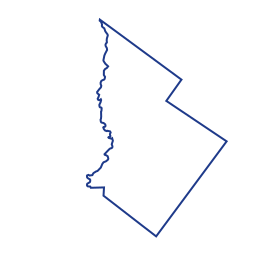 outline of Webb, Texas, United States of America, rotated 37°
{"feature_id": "52423323B96012126646205", "entity_name": "Webb", "entity_type": "district", "adm_level": 2, "iso_a3": "USA", "parent_name": "United States of America", "parent_adm1": "Texas", "projection": "natural_earth1", "projection_center": [-99.706, 27.732], "detail": "fine", "context": "isolated", "style": "outline", "palette": "blue", "viewbox_px": 256, "rotation_deg": 37, "n_neighbors": 0, "source": "geoboundaries", "source_scale": "gbopen_adm2", "svg_char_len": 1818}
<svg xmlns="http://www.w3.org/2000/svg" viewBox="0 0 256 256"><g transform="rotate(37 128 128)"><path d="M52.5,58.2L40.3,58.4L40.8,59.3L42.3,59.4L43.6,60.0L45.0,61.0L45.7,62.2L46.7,62.7L49.1,62.7L51.8,64.5L55.4,65.6L56.2,66.3L57.2,69.1L58.2,70.8L59.6,72.3L59.7,72.7L59.5,73.7L60.0,75.2L60.9,76.0L63.0,76.9L64.3,78.2L65.0,82.3L65.5,84.3L67.6,88.7L68.4,89.3L71.2,90.3L75.0,90.7L75.0,92.7L74.2,94.8L74.3,96.8L76.8,100.2L78.9,101.0L79.5,102.2L79.8,103.0L79.7,103.9L78.8,105.2L78.4,106.6L78.8,108.2L79.7,109.4L81.2,110.3L81.8,111.5L81.9,112.2L81.7,114.2L81.7,117.9L82.6,118.7L85.0,118.8L85.8,121.0L86.2,122.9L87.0,123.4L88.1,123.2L88.6,122.8L89.0,121.4L89.7,121.8L90.6,124.0L91.1,126.6L91.8,127.5L92.7,128.2L93.1,128.3L94.4,127.8L95.0,128.0L96.5,130.3L96.6,131.1L99.7,135.0L100.8,136.8L101.1,137.9L102.3,139.1L103.2,139.6L103.8,139.5L105.5,138.7L107.6,138.8L108.5,139.5L108.9,140.3L108.7,141.1L108.0,141.8L107.9,142.4L109.4,143.4L111.3,143.8L113.0,143.2L113.1,142.7L115.7,141.5L116.6,141.9L116.9,142.1L117.2,143.7L118.0,144.5L118.8,145.0L118.8,146.3L118.0,146.9L118.0,147.3L118.6,147.5L120.7,146.7L121.2,146.5L121.5,145.7L123.6,147.3L124.8,150.8L125.6,151.3L126.6,152.0L127.0,152.6L127.2,153.2L126.8,154.3L126.2,154.9L125.8,156.2L125.0,163.0L125.3,163.3L126.1,163.3L126.9,162.9L128.8,162.8L130.6,164.2L131.0,165.0L131.0,165.6L130.5,167.7L130.3,168.1L129.1,170.1L129.1,172.0L130.1,176.0L129.5,180.7L128.7,181.8L127.6,184.7L127.6,185.5L127.9,187.1L125.9,189.1L124.7,189.2L123.9,190.4L124.0,190.9L124.9,191.9L125.6,192.2L127.1,192.2L128.3,191.9L129.2,192.3L130.0,193.6L130.1,194.3L129.0,197.0L129.5,198.2L130.1,198.7L131.0,198.8L133.1,197.5L134.3,198.1L144.6,189.9L149.2,196.8L196.2,197.4L215.7,197.6L215.6,184.7L214.8,79.3L142.3,83.3L141.6,58.3L141.6,57.2L52.5,58.2Z" fill="none" stroke="#1e3a8a" stroke-width="2"/></g></svg>